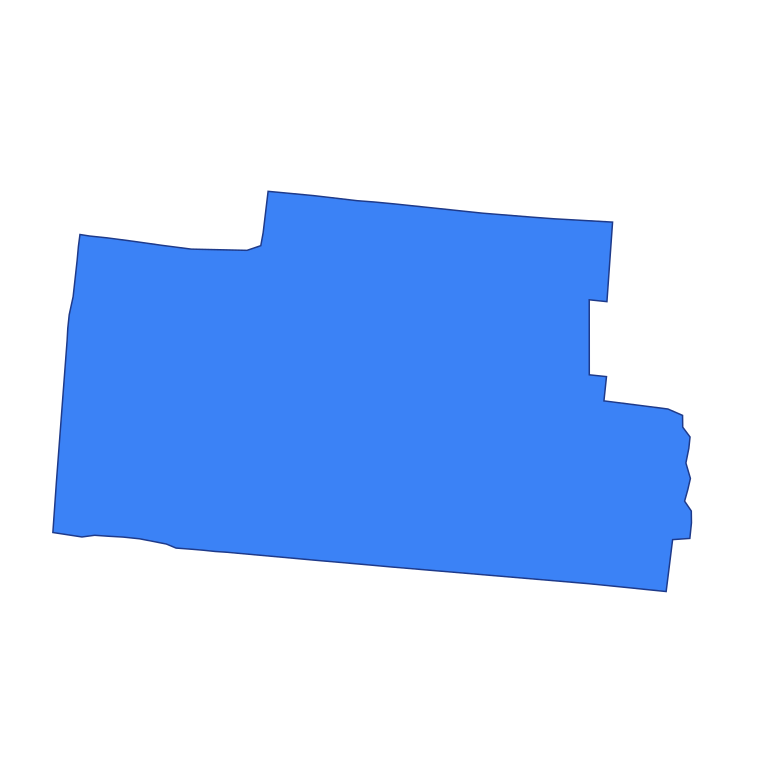 Garibaldi, Rio Grande do Sul, Brazil (orthographic projection), rotated 186°
{"feature_id": "56859067B56805786967083", "entity_name": "Garibaldi", "entity_type": "district", "adm_level": 2, "iso_a3": "BRA", "parent_name": "Brazil", "parent_adm1": "Rio Grande do Sul", "projection": "orthographic", "projection_center": [-51.585, -29.246], "detail": "fine", "context": "isolated", "style": "filled", "palette": "blue", "viewbox_px": 768, "rotation_deg": 186, "n_neighbors": 0, "source": "geoboundaries", "source_scale": "gbopen_adm2", "svg_char_len": 937}
<svg xmlns="http://www.w3.org/2000/svg" viewBox="0 0 768 768"><g transform="rotate(186 384 384)"><path d="M159.2,206.8L81.7,207.1L80.7,259.4L63.7,262.4L63.7,278.0L65.1,289.8L72.8,298.9L70.8,310.8L69.4,322.1L75.5,337.0L74.1,351.9L74.1,363.3L82.4,372.3L83.8,384.0L99.0,388.8L129.7,389.5L163.5,390.2L163.5,414.6L180.8,414.6L188.7,489.2L170.9,489.2L173.6,568.9L231.7,566.1L254.2,565.4L303.5,564.2L328.6,564.2L362.5,564.2L392.1,564.2L412.3,564.0L430.0,563.5L473.8,564.0L519.4,563.5L520.0,521.9L521.0,508.7L534.2,502.6L589.7,498.0L619.5,498.7L647.5,499.7L674.5,500.4L692.3,500.4L702.0,500.9L702.3,489.0L702.1,474.8L702.3,438.3L704.3,420.0L704.3,406.3L703.7,394.2L699.6,253.6L697.8,201.7L668.4,200.3L656.0,203.3L642.0,203.8L627.4,204.5L610.8,204.5L583.8,202.1L573.7,199.1L556.6,199.6L546.7,199.8L534.3,199.8L524.4,200.2L430.0,201.6L379.5,202.5L357.2,202.8L312.9,203.7L159.2,206.8Z" fill="#3b82f6" stroke="#1e3a8a" stroke-width="1.5"/></g></svg>